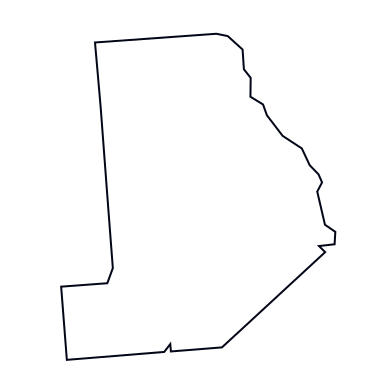 Monroe, Georgia, United States of America (Equal Earth projection), rotated 355°
{"feature_id": "52423323B60708151075896", "entity_name": "Monroe", "entity_type": "district", "adm_level": 2, "iso_a3": "USA", "parent_name": "United States of America", "parent_adm1": "Georgia", "projection": "equal_earth", "projection_center": [-83.869, 33.025], "detail": "fine", "context": "isolated", "style": "outline", "palette": "ink", "viewbox_px": 384, "rotation_deg": 355, "n_neighbors": 0, "source": "geoboundaries", "source_scale": "gbopen_adm2", "svg_char_len": 574}
<svg xmlns="http://www.w3.org/2000/svg" viewBox="0 0 384 384"><g transform="rotate(355 192 192)"><path d="M108.4,34.6L108.4,99.4L107.3,189.0L106.5,260.9L99.7,275.5L53.4,274.9L52.7,348.3L150.4,348.9L157.1,341.6L157.1,349.0L179.5,349.2L208.3,349.4L221.1,339.5L227.1,334.9L319.4,263.5L313.8,256.9L329.5,256.5L331.3,244.2L321.6,236.2L316.8,202.5L322.4,193.8L319.6,185.5L311.6,175.6L305.2,158.2L287.2,144.0L273.3,122.1L270.4,111.0L258.5,102.2L259.0,97.5L260.4,83.4L254.4,74.3L254.8,54.5L241.2,39.8L230.1,36.5L108.4,34.6Z" fill="none" stroke="#020617" stroke-width="2"/></g></svg>